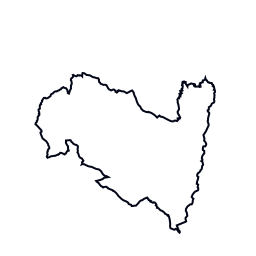 outline of Bala, Mehedinti, Romania, rotated 23°
{"feature_id": "2599482B80855070454238", "entity_name": "Bala", "entity_type": "district", "adm_level": 2, "iso_a3": "ROU", "parent_name": "Romania", "parent_adm1": "Mehedinti", "projection": "albers", "projection_center": [22.826, 44.908], "detail": "fine", "context": "isolated", "style": "outline", "palette": "ink", "viewbox_px": 256, "rotation_deg": 23, "n_neighbors": 0, "source": "geoboundaries", "source_scale": "gbopen_adm2", "svg_char_len": 5810}
<svg xmlns="http://www.w3.org/2000/svg" viewBox="0 0 256 256"><g transform="rotate(23 128 128)"><path d="M213.5,166.5L213.5,164.0L214.1,161.5L214.8,160.1L216.7,158.1L216.8,157.5L216.1,155.8L215.3,155.4L214.7,152.7L213.1,152.5L213.2,151.9L212.6,151.0L212.4,148.3L211.9,145.6L210.8,145.4L210.0,144.3L210.0,142.4L211.0,140.8L211.3,139.7L211.3,138.4L211.8,137.7L211.8,136.5L211.1,133.8L211.5,132.5L209.9,130.2L208.5,129.8L208.9,129.3L209.0,128.4L208.6,127.7L208.0,127.5L207.4,125.6L207.5,123.2L208.1,121.9L208.0,121.2L207.1,119.3L205.4,118.9L204.6,116.6L204.6,115.4L206.3,114.7L206.5,113.1L206.3,112.2L204.5,110.5L203.0,109.9L202.6,108.1L200.2,105.0L201.0,100.6L201.2,94.4L200.9,93.2L200.2,92.6L199.7,91.6L199.0,91.1L198.6,90.4L198.6,89.3L197.9,87.9L197.2,83.1L196.6,82.1L195.9,82.0L194.6,81.1L194.4,80.6L195.2,79.4L194.3,77.4L194.3,77.1L195.4,75.8L195.7,74.7L195.6,73.5L195.7,72.8L197.2,70.8L197.0,69.4L196.0,68.3L195.6,66.0L195.0,64.9L194.9,64.0L193.8,62.6L193.7,62.1L194.0,61.1L194.0,60.8L193.1,59.3L192.1,59.3L192.3,58.3L190.8,56.2L190.5,56.0L190.2,56.4L189.9,56.2L190.1,55.8L189.8,55.4L189.5,55.7L189.3,55.0L188.4,54.9L187.5,53.9L185.9,54.5L184.8,54.6L184.4,54.3L183.8,54.6L182.5,53.9L182.1,53.4L180.9,53.2L179.7,51.8L179.8,52.6L179.6,53.9L179.1,54.5L178.3,55.0L178.9,56.6L178.4,56.7L178.0,57.7L177.1,58.2L176.7,58.8L177.9,60.4L177.3,60.8L178.6,61.7L178.5,61.8L177.9,61.8L177.7,62.3L176.5,62.3L173.9,63.6L172.8,63.7L172.3,63.2L173.1,62.8L173.1,62.4L172.6,61.7L171.6,61.6L170.2,62.2L168.7,62.3L167.6,63.7L166.1,65.1L166.5,66.5L163.2,64.2L163.2,63.6L162.4,64.1L162.5,63.6L162.4,63.3L161.7,63.2L160.6,63.8L160.2,64.3L160.5,65.5L161.0,66.0L161.2,67.0L160.9,67.1L161.0,67.6L162.0,67.9L162.6,70.1L162.2,70.9L163.0,71.7L162.3,71.8L162.7,72.7L162.1,73.1L162.7,73.3L162.0,74.2L162.2,74.5L163.9,74.9L163.5,75.6L163.6,76.4L162.5,76.3L162.1,76.6L162.9,77.3L162.8,77.7L163.8,78.6L163.0,79.2L163.2,79.6L163.0,80.3L163.3,80.7L162.6,80.9L162.3,82.5L163.2,83.6L163.6,84.9L165.2,86.8L167.4,90.2L167.6,91.3L167.3,93.7L167.6,94.3L169.1,95.8L169.8,96.2L172.1,98.2L171.9,99.2L170.4,99.4L170.0,99.7L170.3,100.0L170.3,100.5L171.0,100.9L170.7,101.5L170.5,102.4L168.2,102.8L167.2,104.1L165.5,104.8L163.2,104.9L155.4,104.3L153.7,104.8L152.0,104.3L150.7,107.0L147.5,105.7L143.6,105.0L140.5,105.2L140.4,105.6L138.5,106.1L135.3,106.2L133.0,105.3L130.7,103.4L129.6,103.1L127.8,102.1L125.7,100.1L123.2,97.1L122.1,96.4L120.1,94.3L119.4,93.2L117.2,91.8L116.0,93.0L113.3,96.4L110.3,96.0L109.0,96.2L108.3,96.6L104.9,96.9L105.0,97.5L104.6,97.9L104.1,97.9L104.3,98.9L103.9,99.7L103.4,99.5L102.4,99.6L102.0,98.6L99.9,98.1L99.1,98.6L97.8,100.0L95.6,99.8L94.8,99.6L91.4,97.0L89.9,97.2L88.5,97.9L85.4,97.9L84.6,97.2L83.4,96.9L83.0,96.1L82.5,95.5L82.3,94.7L81.1,93.8L79.6,94.4L77.0,94.5L76.5,94.8L75.5,94.9L72.6,94.4L69.1,95.3L66.2,94.7L64.7,95.2L64.9,96.5L65.6,98.3L64.9,98.0L63.0,98.3L62.7,98.8L61.1,98.9L60.6,100.3L60.1,100.7L56.9,100.7L55.9,100.2L57.4,101.8L57.3,103.1L56.4,104.6L56.5,105.6L56.7,106.3L57.6,106.9L59.0,109.3L58.9,111.3L60.1,114.0L59.9,115.6L60.0,116.2L59.9,116.8L60.2,119.4L59.2,119.3L59.3,119.0L57.9,117.8L57.5,116.9L55.4,115.6L53.8,115.9L52.4,115.7L52.0,116.7L51.3,117.2L51.1,118.6L50.0,119.6L49.8,120.3L48.3,121.6L48.1,122.2L46.8,122.7L46.0,123.7L45.3,125.6L44.7,126.1L44.0,127.3L44.2,128.9L42.5,131.7L41.1,132.8L39.9,132.6L38.8,133.2L38.2,136.0L38.1,136.3L38.5,136.7L38.6,137.3L38.1,139.5L38.8,140.2L38.0,141.3L38.0,141.7L39.3,144.7L38.9,145.0L38.5,146.0L39.0,147.1L40.2,148.3L40.3,149.1L41.0,149.7L41.1,150.1L40.6,150.2L41.1,151.2L40.6,152.6L40.6,153.5L41.2,154.4L41.6,156.3L41.3,157.3L41.6,157.8L41.6,158.7L41.1,159.3L41.4,160.7L42.8,161.1L49.2,164.0L49.8,164.8L49.8,165.5L49.2,166.2L49.5,167.0L53.5,171.0L58.1,172.2L60.8,174.1L61.4,175.1L63.1,176.5L63.5,177.6L62.9,178.7L63.0,179.2L62.9,180.0L63.3,180.9L63.1,181.5L63.6,182.9L64.4,183.9L64.4,186.0L64.6,186.3L65.6,186.8L65.9,186.3L66.9,185.7L68.0,184.3L70.9,182.4L71.7,182.2L73.2,180.5L74.2,179.9L74.2,179.4L74.5,179.3L74.9,178.7L75.3,177.3L76.8,176.9L80.0,177.1L80.3,176.0L80.8,175.7L80.9,173.4L81.9,172.4L81.6,172.0L82.1,171.8L80.7,170.2L80.0,168.3L78.8,167.7L76.7,166.0L75.8,163.7L77.9,162.7L78.6,162.1L79.9,161.7L81.5,162.9L82.3,163.0L84.0,163.9L85.9,164.0L87.2,163.7L88.8,164.3L89.2,164.7L89.9,167.3L90.8,168.6L91.0,169.5L91.0,170.2L92.0,170.7L94.2,173.3L95.6,174.0L97.5,174.1L99.2,175.3L99.6,175.4L99.8,176.2L99.0,177.4L99.7,178.3L99.7,179.5L100.3,178.9L102.0,178.5L106.0,178.7L108.4,178.4L109.2,178.0L114.7,178.1L117.5,177.5L120.2,178.3L121.7,179.5L123.7,180.7L125.9,181.1L127.1,180.7L129.0,180.9L125.4,183.2L124.8,184.6L122.9,186.6L119.4,189.2L120.7,189.8L122.7,190.2L123.8,191.0L125.8,192.0L126.9,192.0L128.2,192.5L128.4,192.4L128.4,192.0L130.8,190.6L132.7,190.9L132.8,191.2L133.4,191.4L138.5,191.3L139.0,191.8L140.0,191.6L142.8,192.6L145.9,194.4L149.7,195.8L151.8,196.3L155.6,196.3L157.4,196.7L157.8,197.3L158.5,197.7L160.9,197.5L161.9,198.4L165.8,196.2L166.7,193.5L166.9,193.2L167.3,191.3L168.1,189.8L169.4,188.8L170.3,187.1L172.8,184.5L173.2,184.6L173.8,185.4L174.7,185.5L175.2,186.2L176.6,186.2L176.3,186.5L177.2,187.0L180.3,187.0L180.6,186.4L182.0,186.1L184.0,187.3L183.8,188.3L185.7,189.1L185.8,190.1L187.1,189.9L189.9,191.0L191.9,191.0L194.7,191.7L195.5,192.4L198.3,192.6L198.4,193.0L198.9,193.3L199.2,193.2L198.8,192.8L199.1,192.5L200.2,193.4L202.1,195.9L204.1,199.3L205.3,202.4L206.4,203.7L210.3,203.6L211.2,202.3L212.3,202.6L213.4,202.3L213.9,202.5L214.6,203.6L216.3,204.2L216.4,203.5L215.7,202.7L214.5,202.6L214.0,201.5L212.8,201.1L212.6,200.1L211.8,199.7L211.3,198.7L211.0,198.5L217.6,191.9L218.0,191.2L216.6,189.5L216.1,188.2L216.9,185.7L215.0,182.7L213.7,181.8L213.0,180.0L213.4,177.1L214.0,175.9L215.2,173.9L216.4,173.4L216.6,172.9L216.6,171.4L215.8,168.8L215.9,167.6L214.2,167.0L213.5,166.5Z" fill="none" stroke="#020617" stroke-width="2"/></g></svg>